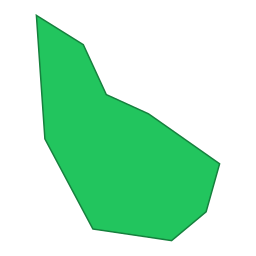 the border of St. Eustatius
{"feature_id": "NLD-5148", "entity_name": "St. Eustatius", "entity_type": "Special Municipality", "adm_level": 1, "iso_a3": "NLD", "parent_name": "Netherlands", "parent_adm1": "", "projection": "albers", "projection_center": [-62.975, 17.495], "detail": "fine", "context": "isolated", "style": "filled", "palette": "green", "viewbox_px": 256, "rotation_deg": 0, "n_neighbors": 0, "source": "natural_earth", "source_scale": "10m", "svg_char_len": 243}
<svg xmlns="http://www.w3.org/2000/svg" viewBox="0 0 256 256"><path d="M36.4,15.4L83.3,44.7L106.3,94.6L148.6,113.9L219.6,163.8L206.1,211.8L171.6,240.6L92.9,229.0L44.9,138.9L36.4,15.4Z" fill="#22c55e" stroke="#15803d" stroke-width="1.5"/></svg>